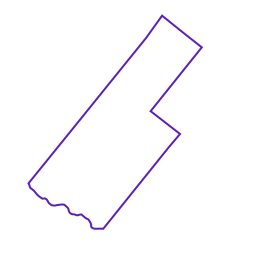 outline of Vernon, Wisconsin, United States of America, rotated 309°
{"feature_id": "52423323B99158038275435", "entity_name": "Vernon", "entity_type": "district", "adm_level": 2, "iso_a3": "USA", "parent_name": "United States of America", "parent_adm1": "Wisconsin", "projection": "natural_earth1", "projection_center": [-91.112, 43.577], "detail": "fine", "context": "isolated", "style": "outline", "palette": "violet", "viewbox_px": 256, "rotation_deg": 309, "n_neighbors": 0, "source": "geoboundaries", "source_scale": "gbopen_adm2", "svg_char_len": 892}
<svg xmlns="http://www.w3.org/2000/svg" viewBox="0 0 256 256"><g transform="rotate(309 128 128)"><path d="M236.8,109.7L236.7,83.8L209.4,85.4L174.9,85.4L169.9,85.4L101.1,85.5L22.4,85.5L22.2,86.1L21.6,87.2L20.4,88.8L20.0,90.0L20.1,94.1L19.0,99.5L18.9,102.4L19.2,105.7L19.4,106.2L20.7,107.4L21.0,107.8L21.3,109.5L21.1,110.5L19.9,113.6L19.9,117.1L20.7,118.6L21.5,119.7L22.3,120.5L23.5,121.4L26.6,124.4L27.6,125.6L28.0,126.2L28.2,126.7L28.3,128.5L28.0,131.5L27.7,132.4L26.2,134.4L25.7,135.6L25.5,136.0L25.5,137.0L25.7,138.6L27.1,140.7L28.0,143.3L28.6,143.9L30.3,145.0L31.3,146.0L31.5,146.5L31.4,147.8L31.4,150.0L31.3,150.9L31.5,152.7L32.0,154.5L31.8,155.5L30.8,158.3L29.9,160.0L28.8,160.8L28.1,161.6L27.9,162.2L27.9,163.0L28.1,164.2L28.9,165.7L33.8,171.6L34.2,172.2L138.4,171.8L156.1,172.2L155.3,135.0L209.9,134.7L237.1,134.6L236.8,109.7Z" fill="none" stroke="#5b21b6" stroke-width="2"/></g></svg>